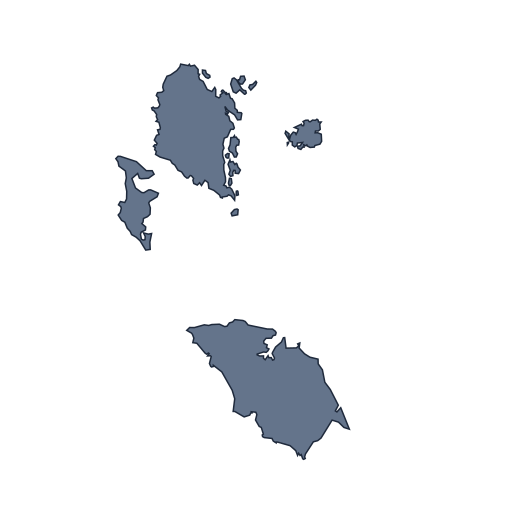 outline of Kudat, Sabah, Malaysia, rotated 303°
{"feature_id": "92858781B15931830971700", "entity_name": "Kudat", "entity_type": "district", "adm_level": 2, "iso_a3": "MYS", "parent_name": "Malaysia", "parent_adm1": "Sabah", "projection": "natural_earth1", "projection_center": [117.119, 7.0], "detail": "fine", "context": "isolated", "style": "filled", "palette": "slate", "viewbox_px": 512, "rotation_deg": 303, "n_neighbors": 0, "source": "geoboundaries", "source_scale": "gbopen_adm2", "svg_char_len": 6151}
<svg xmlns="http://www.w3.org/2000/svg" viewBox="0 0 512 512"><g transform="rotate(303 256 256)"><path d="M114.1,402.1L111.4,405.6L111.4,406.7L113.0,407.6L114.0,406.2L116.9,405.3L131.4,405.3L134.7,408.3L138.7,409.7L159.8,409.2L161.6,415.7L160.1,423.1L161.6,428.6L174.9,409.7L169.3,408.8L169.3,406.9L175.7,406.3L184.5,391.0L187.6,382.5L196.7,373.7L199.4,366.9L203.3,364.2L200.5,356.3L200.4,349.9L202.3,342.3L206.9,340.1L205.0,338.8L203.9,340.8L200.9,339.9L195.1,331.4L203.2,324.5L202.4,323.5L197.7,324.2L190.3,322.0L184.1,322.4L183.0,322.7L180.5,327.1L178.8,327.5L177.7,326.6L179.1,324.2L177.7,322.1L179.0,320.4L174.0,320.2L174.3,318.0L176.3,316.7L174.1,313.5L173.7,310.8L174.4,310.4L179.7,314.7L180.7,317.0L182.7,317.6L185.1,317.5L184.8,314.7L187.6,313.8L187.0,310.3L188.8,308.8L192.4,309.2L195.5,313.7L198.5,313.7L200.3,315.4L202.6,314.7L203.4,313.3L203.7,309.7L200.9,305.2L193.8,287.0L195.2,282.6L194.8,280.2L191.1,272.9L187.9,272.3L185.4,270.1L181.3,269.9L179.7,268.1L178.9,262.5L174.4,256.2L172.0,254.2L170.1,250.1L162.4,243.3L159.9,239.3L155.9,238.4L156.2,244.0L155.5,245.6L153.3,248.6L148.9,250.2L150.6,253.9L146.8,266.2L146.8,268.1L148.7,268.9L148.6,269.9L145.8,269.8L147.5,272.1L147.3,273.2L140.5,275.5L138.8,278.1L138.7,279.2L140.2,280.5L141.1,279.8L140.2,290.4L130.4,309.2L124.7,315.9L113.2,321.5L114.1,323.0L114.6,333.7L119.1,337.4L121.4,337.1L122.3,338.1L122.9,337.0L124.9,341.0L123.4,343.1L118.2,344.9L114.8,351.5L115.1,353.8L110.6,359.2L109.3,358.7L108.1,359.9L108.2,361.8L111.7,368.8L110.2,371.3L110.2,374.7L111.0,374.3L111.7,375.5L115.5,387.9L114.4,395.4L111.4,399.5L113.8,399.2L112.7,401.6L114.1,402.1ZM368.4,88.6L361.2,85.7L358.3,83.4L349.6,84.6L346.7,85.9L344.4,88.6L342.0,87.8L339.4,84.5L338.3,84.6L336.3,85.0L335.5,88.1L333.6,88.7L330.6,92.9L329.0,93.3L326.8,93.0L324.7,90.3L324.9,88.7L323.3,87.8L322.0,89.5L322.2,91.5L320.6,95.6L318.5,96.5L316.8,99.2L314.5,98.8L315.3,101.7L311.5,105.9L309.9,106.5L308.2,104.7L305.1,108.5L303.1,106.9L297.8,107.6L296.6,111.7L294.8,112.0L294.4,110.6L292.2,110.2L292.0,112.5L290.0,113.1L289.4,115.5L286.5,116.4L286.7,121.6L289.7,132.0L288.1,135.3L288.1,138.3L285.4,143.9L286.0,147.8L284.0,152.6L283.7,155.6L284.5,156.6L287.7,157.0L288.1,158.2L287.1,161.4L285.2,161.8L282.9,164.3L283.5,168.1L286.7,168.8L285.4,171.9L291.7,171.9L291.5,175.8L287.1,179.6L288.1,184.9L287.3,192.3L285.8,194.3L286.3,196.1L287.0,195.5L290.4,199.2L292.3,199.6L292.9,202.3L291.1,207.7L295.0,205.6L298.8,199.3L299.3,196.2L297.3,194.5L298.4,192.6L297.7,190.4L301.7,190.0L305.0,187.8L310.6,182.2L315.2,179.1L317.5,178.8L321.9,173.5L326.0,170.8L329.0,170.4L331.7,167.4L337.5,165.2L340.3,167.1L348.4,165.8L350.0,168.1L351.6,168.1L354.7,164.4L355.2,160.4L358.3,157.1L358.3,153.3L359.2,152.6L359.7,154.8L361.3,154.7L361.2,152.0L364.5,148.4L362.9,152.7L362.7,161.2L360.1,166.4L362.1,169.0L367.8,166.5L368.1,165.5L366.3,162.1L368.0,160.9L368.4,157.8L372.7,154.7L374.9,150.3L374.4,148.7L377.5,144.8L375.2,143.1L375.5,142.1L376.3,143.1L376.9,142.2L376.3,141.6L377.1,137.8L376.2,137.2L374.9,137.4L374.9,139.4L371.5,138.2L370.6,139.4L368.4,138.8L368.0,135.2L373.7,131.6L374.9,129.6L369.9,129.4L369.1,124.4L373.6,116.6L373.4,112.5L375.4,110.0L377.7,109.8L377.3,108.2L380.9,105.9L382.5,100.5L379.5,97.6L380.5,95.7L378.8,95.5L375.9,88.3L373.2,89.1L368.4,88.6ZM267.8,117.5L270.0,104.3L265.7,88.0L264.5,86.0L261.3,85.4L259.9,88.9L256.7,92.1L256.2,100.2L250.9,104.7L245.5,106.9L239.8,112.4L233.3,116.4L229.4,116.8L227.8,112.6L224.0,112.8L223.8,115.6L222.7,117.0L218.5,118.5L215.3,118.1L212.7,123.9L212.9,127.6L209.2,132.9L208.1,137.1L206.2,140.0L206.5,145.2L205.6,150.5L200.9,160.3L203.9,163.7L209.9,159.4L218.0,156.2L215.7,153.8L214.1,149.1L212.0,152.5L209.2,154.0L207.9,152.7L207.7,150.7L211.3,147.3L213.4,146.7L217.6,149.1L220.3,147.7L221.0,142.6L222.9,142.8L226.2,141.2L229.9,143.6L233.3,144.4L238.8,141.2L242.1,137.1L244.0,137.1L251.8,140.8L255.5,140.0L254.1,131.7L253.0,130.0L248.1,127.6L247.0,125.6L247.4,117.9L253.4,109.7L260.8,111.8L257.8,115.8L258.3,117.7L262.7,123.5L269.1,126.0L271.0,122.5L267.8,117.5ZM391.3,222.3L384.7,218.2L385.5,222.5L382.9,223.1L379.8,223.4L380.8,221.7L380.2,219.8L376.4,219.3L371.8,220.6L370.7,222.4L371.5,224.3L368.8,226.0L368.6,229.1L371.0,230.1L373.3,229.2L376.6,233.2L372.5,233.0L370.5,231.0L369.1,232.7L369.8,235.6L372.7,235.9L373.6,237.1L375.3,235.5L375.6,237.8L376.9,238.1L376.2,239.3L376.5,242.3L379.1,245.6L380.7,245.2L384.6,248.7L387.9,248.6L393.7,244.4L393.0,240.7L391.5,238.5L393.2,237.8L394.8,240.2L397.2,240.9L401.4,237.6L403.9,237.7L402.4,235.4L403.8,234.1L403.9,232.6L402.1,231.9L400.8,229.4L398.2,228.4L397.6,227.5L398.3,225.7L396.8,223.6L394.4,222.2L393.5,224.1L391.2,224.9L390.4,223.7L391.3,222.3ZM343.0,172.3L341.6,170.4L335.1,173.7L331.2,174.4L329.4,176.7L329.5,180.1L327.2,184.0L328.3,185.5L331.7,184.9L332.9,182.2L336.2,179.7L338.4,179.5L339.6,181.0L342.8,179.6L344.3,178.1L343.9,176.9L345.0,174.8L344.0,173.6L345.2,172.4L343.0,172.3ZM393.4,140.6L391.8,139.5L386.4,141.1L381.3,147.5L381.7,150.6L386.5,151.9L385.4,158.2L385.9,158.8L387.4,159.1L389.0,157.3L388.2,155.2L388.7,152.5L393.1,143.8L393.4,140.6ZM322.4,181.8L317.7,182.6L313.9,187.7L309.8,188.7L308.9,191.3L310.8,192.9L313.6,190.9L315.8,190.7L316.4,191.9L314.1,193.5L315.6,196.5L319.6,196.1L320.7,192.5L322.9,189.8L323.0,188.9L321.2,188.4L322.7,185.2L320.9,183.4L322.4,181.8ZM394.8,146.2L394.2,145.1L393.2,145.4L391.9,147.4L391.8,149.5L392.9,151.0L398.0,151.1L400.4,148.0L398.3,145.2L394.8,146.2ZM283.2,212.6L278.4,211.8L276.6,214.1L280.6,218.2L285.1,215.8L285.1,214.5L283.2,212.6ZM381.0,120.0L382.3,118.8L382.0,115.0L384.1,112.6L382.8,109.8L380.2,111.5L378.5,116.6L378.9,119.1L381.0,120.0ZM396.2,157.7L393.4,158.2L392.3,161.3L399.0,162.6L401.9,162.1L402.5,160.7L398.0,159.7L396.2,157.7ZM376.9,213.0L374.7,213.6L371.7,219.8L376.5,217.2L376.9,213.0ZM307.4,193.2L306.7,191.4L302.1,193.2L300.7,194.8L301.1,196.2L304.0,196.1L307.4,193.2ZM323.4,179.7L327.1,177.8L326.5,176.3L323.9,175.4L322.6,176.7L322.4,178.5L323.4,179.7ZM297.7,207.9L300.4,205.6L300.4,204.8L299.6,204.2L297.0,205.7L296.3,206.9L297.7,207.9ZM366.3,221.8L368.6,221.8L369.2,221.3L368.2,220.4L366.3,221.8Z" fill="#64748b" stroke="#1e293b" stroke-width="1.5"/></g></svg>